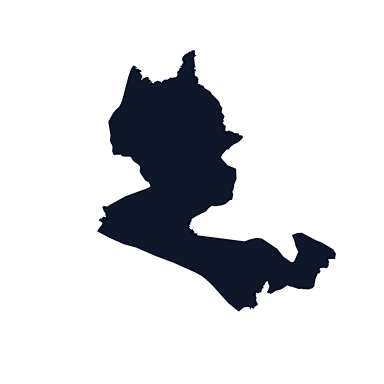 outline of Bueng Khong Long, Bueng Kan, Thailand, rotated 154°
{"feature_id": "78962969B81717267751176", "entity_name": "Bueng Khong Long", "entity_type": "district", "adm_level": 2, "iso_a3": "THA", "parent_name": "Thailand", "parent_adm1": "Bueng Kan", "projection": "albers", "projection_center": [104.048, 18.031], "detail": "fine", "context": "isolated", "style": "filled", "palette": "ink", "viewbox_px": 384, "rotation_deg": 154, "n_neighbors": 0, "source": "geoboundaries", "source_scale": "gbopen_adm2", "svg_char_len": 6029}
<svg xmlns="http://www.w3.org/2000/svg" viewBox="0 0 384 384"><g transform="rotate(154 192 192)"><path d="M293.5,198.1L285.6,187.4L277.3,177.5L275.0,174.9L266.0,167.1L253.0,151.8L239.1,137.1L223.8,118.8L219.4,112.6L217.0,107.6L213.9,99.4L207.3,76.2L201.9,64.8L196.5,66.4L195.3,65.9L194.4,66.2L193.3,65.3L191.5,65.8L191.5,64.7L189.9,63.4L190.1,62.6L189.1,63.4L187.6,60.9L186.9,61.4L187.1,62.0L186.5,62.0L185.2,63.6L184.7,62.1L184.0,62.5L183.2,62.2L182.8,62.6L182.7,63.5L183.3,63.5L183.7,64.1L182.9,64.3L183.2,65.5L182.7,65.8L183.0,66.3L182.6,66.4L181.7,68.4L180.9,69.1L181.2,70.4L180.8,71.2L181.4,71.7L180.5,71.9L181.1,72.6L179.9,72.6L180.0,73.8L179.5,73.6L179.0,74.1L177.7,74.3L177.2,72.9L175.8,72.6L175.1,72.9L174.1,72.4L173.6,72.8L173.5,73.6L172.7,73.8L172.2,74.7L171.1,75.2L170.3,75.1L170.2,76.1L169.3,77.1L167.7,77.7L165.4,79.5L162.7,79.5L162.3,79.2L162.2,77.7L162.7,76.4L162.6,75.2L163.1,74.7L162.6,73.7L163.0,73.2L162.6,73.3L162.7,72.6L163.9,71.8L164.3,71.0L165.0,71.0L165.4,70.5L165.3,69.9L166.0,69.8L166.1,69.4L167.5,69.1L167.4,68.1L166.2,68.0L165.8,66.8L163.7,66.6L162.8,67.2L161.5,67.0L160.9,67.5L159.6,67.1L158.8,67.3L158.5,66.8L156.8,67.0L156.7,66.6L154.8,66.2L153.6,66.6L153.4,66.2L146.6,67.2L145.3,65.1L143.6,64.0L138.2,58.7L135.1,57.5L134.2,56.4L132.0,55.6L130.2,54.2L126.1,53.5L124.0,54.2L120.6,59.1L118.5,61.4L116.7,62.6L115.7,64.0L114.7,64.3L113.2,63.9L112.0,64.8L111.8,65.3L112.4,66.9L112.2,67.2L109.7,68.0L108.1,67.3L107.3,67.5L104.5,65.4L103.2,65.6L101.4,67.4L101.1,68.8L100.1,69.3L100.0,70.3L100.5,72.5L99.1,72.6L94.6,71.0L93.8,70.2L92.9,70.1L91.4,72.7L90.5,73.3L91.0,78.4L97.6,88.6L102.7,94.3L111.7,106.6L115.5,108.3L120.4,108.7L120.7,103.1L121.9,97.6L121.9,91.3L130.1,84.3L131.2,84.0L133.5,84.4L134.3,85.2L139.0,93.8L141.0,103.3L150.2,119.1L154.6,121.8L161.2,123.3L166.6,123.8L207.0,150.4L207.0,152.1L206.5,152.2L206.9,152.6L207.6,152.6L207.8,152.1L208.4,152.5L208.0,153.0L208.7,154.1L208.2,155.6L209.2,155.6L209.1,156.1L209.6,156.3L208.8,156.5L208.6,157.4L209.5,157.2L209.9,156.6L209.9,157.2L210.5,157.0L210.3,157.7L209.8,157.7L209.8,158.4L210.5,158.6L210.2,158.8L210.6,159.2L210.5,160.7L211.3,161.3L210.6,162.4L210.9,162.7L210.4,163.2L210.0,162.9L210.1,163.5L209.5,164.9L208.3,164.2L207.8,165.1L208.5,165.6L207.6,165.8L207.9,166.4L207.1,166.3L207.4,166.7L206.2,166.4L205.7,166.7L205.8,167.5L204.7,168.1L204.7,169.1L203.1,168.7L198.0,169.2L187.8,169.2L184.7,170.8L179.7,171.8L177.3,169.8L171.2,167.8L167.1,167.3L161.6,168.8L159.6,168.3L156.7,172.0L156.5,175.0L154.7,176.2L152.5,178.7L151.3,180.8L146.9,184.6L143.1,193.5L149.1,200.2L151.7,210.1L151.6,210.8L148.7,213.0L143.1,215.5L142.1,215.7L140.1,215.1L138.5,216.2L135.5,216.9L132.8,217.3L129.7,217.1L126.2,217.8L123.7,218.8L123.9,219.4L123.2,219.1L122.7,219.6L123.0,220.4L124.1,220.3L124.2,221.3L124.8,221.3L125.3,222.3L125.4,224.0L127.0,224.8L127.4,224.5L127.7,225.3L128.8,225.6L129.4,227.6L131.4,229.2L132.0,230.3L133.2,230.4L133.8,229.8L134.5,229.9L134.5,230.3L134.9,230.2L135.4,230.8L135.1,231.5L135.5,232.1L136.2,232.0L136.8,232.5L136.6,233.2L135.9,233.0L135.9,233.8L134.9,234.4L134.4,235.6L133.9,235.7L133.6,236.9L134.3,237.3L134.2,237.8L134.8,238.4L134.5,240.3L134.9,240.9L134.5,241.8L133.8,242.4L133.0,242.2L133.2,243.8L131.8,244.5L131.6,245.3L130.4,246.0L131.2,251.0L128.8,254.2L129.3,258.3L128.8,260.4L129.1,262.7L132.1,271.3L132.1,273.6L135.5,279.0L136.0,280.9L135.9,281.9L137.3,283.4L137.9,283.0L138.4,283.2L138.6,284.6L138.3,284.9L139.6,285.7L140.1,287.1L139.5,288.2L139.0,288.2L139.2,289.2L138.3,289.5L138.3,290.2L137.7,290.5L138.2,291.3L137.7,291.5L138.0,291.9L137.7,292.4L138.3,292.4L137.8,293.1L138.2,294.0L139.1,294.1L139.4,296.1L138.6,296.2L138.9,296.8L138.2,297.8L138.5,298.4L137.9,298.6L138.0,299.0L137.3,298.9L137.2,299.6L135.8,299.9L135.9,300.5L137.1,301.0L136.6,301.6L136.5,302.7L137.2,303.7L134.9,303.4L134.9,304.2L135.4,304.4L135.0,304.8L134.7,304.4L134.6,305.8L134.2,305.8L134.2,306.5L133.4,307.6L133.8,308.9L133.6,309.5L133.1,309.4L133.1,310.0L132.5,310.0L132.6,312.1L131.7,312.2L130.8,313.2L129.6,313.3L130.0,313.8L129.3,315.5L129.4,316.1L128.6,317.0L128.3,317.8L130.0,318.5L130.7,317.9L132.3,318.0L132.9,318.1L133.0,318.6L135.0,317.8L135.8,318.2L136.1,317.7L137.4,318.0L137.4,317.4L138.3,317.8L140.2,317.0L141.0,316.1L141.6,316.1L142.4,314.8L142.2,313.4L141.5,313.5L141.2,313.0L141.2,312.3L141.5,312.5L142.3,311.9L142.0,311.6L142.9,311.5L142.1,310.7L142.2,310.2L144.8,310.3L145.2,309.7L146.4,309.5L145.6,308.4L146.2,308.1L146.2,307.4L146.7,307.3L146.8,308.0L148.6,307.8L148.9,306.9L149.4,307.0L150.3,305.7L151.3,306.1L152.2,305.9L152.9,303.5L153.7,302.5L155.3,301.6L156.4,301.5L158.2,302.3L159.4,302.1L161.2,303.5L165.1,303.0L167.0,304.0L167.9,303.7L167.9,304.2L170.1,303.7L170.1,302.2L170.7,302.4L170.6,301.8L171.6,302.4L172.6,304.7L174.5,306.4L177.5,306.5L179.0,305.4L180.5,306.8L180.7,308.2L182.2,307.1L183.1,307.6L183.4,309.2L181.0,310.0L182.3,312.5L181.6,313.6L182.3,314.5L186.4,314.8L187.5,313.5L188.1,313.2L188.6,313.5L189.2,314.6L188.9,315.5L189.5,316.1L186.7,317.7L186.6,318.3L186.6,319.3L187.4,319.9L187.0,320.8L187.3,323.0L186.5,323.7L185.4,323.1L185.3,323.4L186.8,325.4L187.6,325.2L187.3,325.9L189.9,326.8L189.8,327.6L189.1,328.2L189.7,328.8L189.0,329.3L188.3,328.9L189.0,330.3L189.3,330.5L192.0,329.1L197.7,323.5L213.7,304.9L216.3,302.5L219.6,299.9L223.9,298.7L227.9,296.9L235.8,291.4L239.7,278.4L242.3,274.2L242.8,271.6L242.4,269.1L243.3,266.4L245.1,263.5L245.5,260.8L245.2,259.8L243.1,259.3L240.6,257.9L239.0,257.7L238.5,255.3L235.4,253.3L231.7,251.6L230.8,249.9L230.7,247.3L230.0,244.7L227.8,241.2L226.8,238.5L227.0,236.6L229.2,233.3L229.4,231.2L228.2,222.9L225.8,220.2L225.8,215.7L226.2,214.9L226.9,214.4L230.5,214.2L253.7,216.6L273.1,215.6L274.6,215.0L277.3,217.2L278.5,217.3L278.9,213.9L278.3,210.4L279.3,209.0L279.1,208.6L279.8,205.3L280.5,205.8L280.8,205.2L281.4,205.4L281.4,207.0L282.6,207.8L285.4,206.6L285.9,207.5L286.9,207.4L287.2,207.0L286.3,205.5L285.0,204.1L285.5,203.4L285.0,202.8L287.3,201.4L287.8,200.6L288.9,200.6L293.5,198.1Z" fill="#0f172a" stroke="#020617" stroke-width="1.5"/></g></svg>